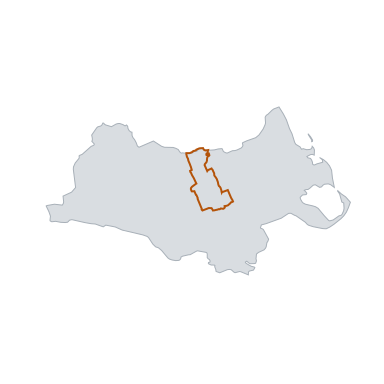 location of Ak Bugday, Ahal, Turkmenistan, rotated 157°
{"feature_id": "10190150B31923585689840", "entity_name": "Ak Bugday", "entity_type": "district", "adm_level": 2, "iso_a3": "TKM", "parent_name": "Turkmenistan", "parent_adm1": "Ahal", "projection": "mercator", "projection_center": [58.565, 38.864], "detail": "fine", "context": "in_parent", "style": "outline", "palette": "amber", "viewbox_px": 384, "rotation_deg": 157, "n_neighbors": 0, "source": "geoboundaries", "source_scale": "gbopen_adm2", "svg_char_len": 5766}
<svg xmlns="http://www.w3.org/2000/svg" viewBox="0 0 384 384"><g transform="rotate(157 192 192)"><path d="M120.1,133.0L136.1,133.9L141.0,134.6L143.0,132.3L142.9,131.7L142.1,131.2L141.0,129.6L139.9,118.7L141.3,117.1L142.9,116.0L145.2,112.5L146.4,111.5L148.3,110.6L154.4,110.4L156.9,109.7L159.1,105.7L159.6,103.4L161.2,101.6L162.2,101.6L166.3,103.2L167.2,104.0L168.6,106.9L170.2,106.7L170.4,106.2L170.2,105.6L169.1,103.8L166.5,100.5L163.9,98.5L163.7,97.8L165.9,96.1L170.2,96.8L171.3,96.3L172.5,93.7L178.3,99.6L179.3,100.2L183.9,100.9L184.7,101.8L186.3,105.2L187.8,106.1L189.8,106.7L198.0,106.8L200.5,109.1L200.9,109.6L200.4,111.2L200.3,114.3L199.6,115.5L200.0,116.0L202.9,117.3L204.7,119.3L204.8,120.1L204.3,120.7L203.0,120.4L202.3,121.3L202.3,122.9L203.3,124.4L203.6,125.7L202.2,128.9L202.1,130.2L202.6,130.9L209.9,135.7L211.1,135.8L218.2,135.0L219.5,135.5L225.7,136.6L227.5,136.4L228.6,134.9L229.8,134.3L230.8,134.2L233.8,135.2L236.9,137.2L239.0,139.1L240.0,140.8L242.8,150.0L244.7,153.8L246.9,155.7L248.4,159.3L249.8,167.0L250.6,168.6L254.0,171.7L271.1,184.2L276.3,189.8L284.3,195.2L287.3,194.6L293.5,200.3L297.5,202.4L302.7,205.8L313.4,213.5L315.7,213.9L318.3,212.8L320.6,213.4L324.7,215.4L329.0,218.3L332.7,219.4L333.8,220.7L333.8,221.4L331.7,225.1L331.4,229.8L331.7,236.1L330.7,236.2L323.4,234.5L316.5,230.6L314.8,231.8L314.0,233.1L312.3,238.6L302.9,238.9L297.4,241.6L292.4,259.2L291.3,261.4L288.2,264.3L282.9,267.1L282.1,268.2L281.9,269.3L281.2,269.6L278.3,269.6L267.0,273.4L264.6,273.4L263.6,273.7L263.2,274.4L264.4,277.8L263.4,278.8L262.7,280.6L262.1,283.6L254.7,288.3L253.2,288.8L250.2,288.4L248.7,288.9L247.1,290.3L246.4,289.9L246.0,288.4L245.2,287.4L240.6,283.6L235.3,284.2L233.3,283.9L231.8,283.3L229.3,281.1L227.8,279.0L226.1,279.3L225.7,278.3L225.6,277.2L226.1,275.8L225.9,273.2L225.0,271.3L223.9,270.5L225.1,267.4L225.1,265.1L224.4,262.7L224.1,259.1L224.3,255.6L223.3,253.9L207.6,254.0L202.1,245.9L199.8,243.9L192.0,240.4L189.9,238.6L188.1,236.5L187.6,233.7L186.8,232.0L185.6,231.8L179.5,228.5L177.0,227.7L173.7,228.5L171.7,227.6L169.4,228.8L168.4,228.9L165.9,228.1L162.9,225.1L160.3,223.9L154.9,222.0L151.1,221.4L147.7,220.3L147.3,219.9L147.3,217.4L146.8,216.3L145.8,215.1L144.5,214.1L138.7,214.2L136.1,213.3L134.0,213.1L129.4,213.3L127.9,214.0L127.0,214.8L126.5,217.2L126.0,217.6L121.5,217.7L112.1,217.1L108.1,218.3L102.0,222.1L98.5,225.3L97.4,226.7L95.4,232.3L94.4,233.1L93.2,233.7L92.0,233.8L86.4,236.0L84.3,236.5L78.7,236.3L77.4,228.0L76.9,221.5L77.5,212.3L77.2,206.5L78.1,197.5L77.8,195.3L74.9,191.3L74.5,188.6L72.7,188.4L69.9,186.1L67.1,185.2L65.7,185.1L64.4,185.8L63.5,187.1L62.8,185.0L62.9,182.8L65.1,178.2L66.5,179.6L68.2,180.1L72.4,179.8L72.0,178.2L69.8,176.6L69.4,174.6L69.5,172.4L70.1,170.4L69.5,169.5L68.5,169.0L66.1,169.1L60.1,168.3L59.4,170.7L61.1,173.9L58.3,170.3L56.4,166.6L55.2,162.2L55.0,157.5L57.3,149.9L59.2,140.6L61.5,144.5L63.3,146.2L67.0,147.4L68.8,147.1L70.8,146.1L72.7,146.4L75.7,150.5L77.8,150.9L82.2,149.4L84.3,149.0L86.1,149.7L88.0,149.7L87.2,147.8L86.8,146.0L87.9,145.0L91.4,146.1L94.2,145.0L94.7,144.5L94.9,142.9L94.5,139.7L93.9,138.3L92.3,136.4L86.1,131.9L84.0,130.1L82.3,127.7L79.5,118.4L77.3,112.3L76.5,111.6L72.9,111.1L66.1,112.6L63.6,112.3L62.5,112.9L59.7,115.5L58.4,117.6L56.6,122.6L58.0,124.2L56.9,132.5L57.6,136.0L57.3,136.3L55.3,131.9L52.5,127.5L50.2,120.7L54.3,116.3L57.7,113.2L61.5,110.8L65.4,109.2L74.1,106.8L78.9,105.9L82.8,105.7L85.9,107.2L94.0,112.7L97.5,115.7L98.5,117.0L99.5,119.9L105.5,129.4L106.9,130.7L109.2,133.7L111.4,134.6L120.1,133.0ZM62.5,199.1L62.4,200.3L61.3,196.6L60.7,192.6L61.4,191.5L62.2,191.6L61.5,193.0L62.5,199.1Z" fill="#d9dde1" stroke="#a8b0b8" stroke-width="1"/><path d="M179.7,166.8L178.7,166.4L176.8,166.1L175.4,165.8L174.3,165.8L174.2,165.8L173.5,165.4L173.2,165.3L171.9,165.6L170.5,164.7L169.6,164.3L169.0,164.5L168.8,164.5L168.1,164.8L167.9,164.9L167.8,165.4L167.7,165.6L167.5,166.3L166.7,166.1L165.7,165.8L163.9,165.7L162.7,166.2L162.0,166.3L161.7,166.5L161.0,166.8L159.9,167.3L159.7,167.2L159.2,167.1L158.0,167.2L158.0,167.5L158.0,167.8L157.9,168.4L158.0,168.9L158.0,169.4L158.2,170.3L158.3,171.7L158.3,171.8L158.3,175.6L158.3,177.8L158.3,178.5L158.3,179.6L158.3,179.8L164.7,180.1L164.8,180.0L164.7,180.8L164.3,182.1L164.2,183.4L164.2,183.7L164.1,184.8L164.3,185.7L164.3,185.9L164.9,187.1L164.9,187.5L164.8,188.8L164.3,191.0L164.2,193.1L164.1,194.1L164.4,196.1L165.0,198.4L165.0,198.5L164.6,199.7L164.3,200.5L164.3,200.9L164.4,203.0L164.4,204.4L164.6,204.9L164.8,205.5L164.9,205.9L164.9,206.0L168.2,205.9L168.4,205.9L169.3,205.6L169.8,205.3L169.8,205.5L169.9,211.8L169.4,212.5L169.2,212.7L168.2,213.2L167.8,213.4L167.2,213.7L166.9,213.9L165.8,215.3L165.5,216.2L165.4,216.4L164.9,217.1L164.8,217.4L163.6,218.6L162.9,218.6L162.1,218.7L162.0,218.8L161.8,219.1L161.7,219.1L161.5,220.0L161.5,220.7L162.4,220.6L162.5,220.5L163.3,220.0L164.2,220.4L164.1,221.1L163.6,221.7L162.3,221.8L161.6,223.3L161.4,223.5L160.8,224.3L161.7,224.5L163.6,225.1L164.6,226.4L164.7,228.1L166.9,228.9L168.2,229.3L171.5,229.3L172.0,228.9L173.6,228.9L174.5,229.2L175.7,229.0L176.1,228.7L177.9,228.7L179.0,228.7L180.6,229.4L182.0,230.0L182.5,228.9L182.7,227.3L182.9,226.6L182.8,225.3L182.7,224.2L183.0,222.8L183.1,222.3L183.1,222.2L183.1,218.1L183.2,217.1L183.2,215.7L183.4,214.1L183.6,212.4L185.5,212.2L185.7,211.1L185.4,210.0L185.4,207.6L185.2,206.1L185.0,204.7L184.9,203.3L184.8,200.5L184.7,198.1L184.8,198.1L189.3,197.0L190.0,196.8L191.3,196.1L191.9,195.2L192.0,194.1L192.0,193.2L192.0,192.9L191.8,192.9L191.4,192.5L191.2,192.3L189.5,191.8L189.5,187.9L189.2,187.7L189.1,186.1L189.1,184.5L189.1,184.1L189.5,183.6L189.6,172.8L189.6,172.6L190.0,172.1L189.8,171.4L189.6,170.9L184.7,170.7L182.9,170.7L180.3,169.5L180.1,168.3L179.9,166.8L179.7,166.8Z" fill="none" stroke="#b45309" stroke-width="2"/></g></svg>